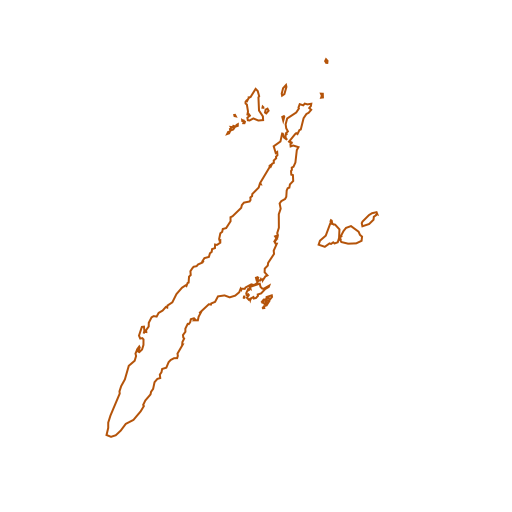 the district of Cebu, Cebu, Philippines, rotated 12°
{"feature_id": "2640588B97548260432831", "entity_name": "Cebu", "entity_type": "district", "adm_level": 2, "iso_a3": "PHL", "parent_name": "Philippines", "parent_adm1": "Cebu", "projection": "robinson", "projection_center": [123.887, 10.469], "detail": "fine", "context": "isolated", "style": "outline", "palette": "amber", "viewbox_px": 512, "rotation_deg": 12, "n_neighbors": 0, "source": "geoboundaries", "source_scale": "gbopen_adm2", "svg_char_len": 6122}
<svg xmlns="http://www.w3.org/2000/svg" viewBox="0 0 512 512"><g transform="rotate(12 256 256)"><path d="M278.4,95.6L274.8,97.0L272.0,96.8L270.9,98.8L267.2,98.4L266.7,101.9L267.3,102.8L265.5,107.3L257.9,115.0L257.6,121.0L259.0,124.8L261.3,127.5L259.8,129.7L260.6,130.4L259.8,131.3L260.2,133.9L262.2,135.9L258.6,134.2L256.8,130.8L256.1,130.8L256.1,138.9L250.5,145.0L253.9,151.2L255.1,149.9L256.0,152.9L254.9,154.8L255.4,156.2L253.5,158.9L254.1,161.2L252.6,162.4L252.0,164.9L251.5,164.1L251.3,164.0L250.5,165.1L250.9,166.1L244.9,183.6L245.8,184.8L244.7,184.8L244.4,188.5L239.5,196.1L239.7,198.3L238.3,199.9L239.0,202.3L238.4,204.0L233.1,206.3L231.6,209.1L231.5,212.0L224.8,222.0L223.0,223.4L223.9,227.3L221.0,234.9L217.9,236.5L217.9,239.4L216.4,241.2L216.4,247.0L217.1,248.4L217.8,248.0L218.3,250.4L215.5,253.3L213.6,253.3L214.2,256.8L211.6,258.4L211.8,261.2L210.4,262.9L210.1,266.7L206.0,268.8L204.7,272.2L205.4,272.4L205.0,273.5L201.1,276.3L200.0,278.3L197.2,279.5L196.2,281.4L195.0,284.5L196.1,288.2L194.8,290.1L195.6,296.0L194.7,296.6L194.2,299.8L193.3,299.3L190.2,302.4L186.1,309.8L183.8,318.7L179.7,322.9L179.9,324.9L178.4,324.6L176.0,328.8L172.6,331.9L171.4,335.9L168.4,336.1L166.6,337.7L165.0,343.6L165.7,347.3L163.9,351.4L164.5,353.2L162.6,353.4L162.2,355.2L162.4,352.5L161.1,348.4L159.1,349.1L158.1,358.2L159.9,360.8L161.9,360.0L163.3,361.0L164.4,366.4L164.0,371.1L161.8,374.3L159.0,373.4L158.4,376.5L159.5,378.8L159.1,383.7L154.4,389.8L153.4,404.0L151.2,411.2L150.6,416.8L151.3,418.9L146.8,442.4L146.1,449.7L147.2,454.9L147.0,462.2L151.8,463.0L156.1,460.5L160.0,454.9L163.5,447.3L170.2,441.8L175.5,431.9L177.5,426.1L176.6,425.1L177.8,420.3L181.6,413.3L181.6,410.6L183.0,407.4L183.0,400.5L185.1,396.7L187.7,395.3L186.6,392.0L187.7,389.4L187.7,386.0L191.5,383.9L192.6,378.0L194.2,375.4L197.1,373.0L200.1,372.3L200.3,369.9L199.5,367.8L202.8,357.7L202.2,357.8L201.9,355.4L202.9,351.7L201.8,350.8L201.0,348.5L202.7,344.8L202.0,341.8L203.3,336.6L204.4,336.6L205.4,334.4L205.4,331.4L208.3,329.8L209.4,330.5L208.7,331.8L212.5,331.0L212.5,327.3L213.8,322.8L213.2,323.3L212.9,323.0L219.9,313.0L222.0,312.9L222.1,311.7L225.5,309.4L227.2,303.4L233.4,301.1L238.9,301.9L243.9,299.1L247.1,295.0L247.8,291.1L248.6,291.9L248.6,291.0L251.8,290.5L252.3,289.0L257.3,284.7L260.1,284.8L262.3,282.8L263.3,280.5L261.9,280.1L260.5,277.3L261.8,276.5L262.4,277.3L262.8,275.8L262.3,279.2L265.1,279.2L265.4,278.2L265.8,279.1L265.7,278.0L267.4,277.3L267.7,278.3L269.4,274.0L271.2,272.6L267.8,270.1L267.2,266.5L269.5,262.9L269.3,260.2L273.2,250.2L272.2,247.1L273.8,239.6L272.5,239.8L271.4,238.5L272.5,238.3L271.4,238.0L271.5,236.7L271.8,236.7L272.3,236.2L272.0,235.5L273.0,234.8L272.7,234.4L271.8,235.6L271.7,236.6L271.4,236.7L272.2,234.4L270.6,232.8L272.8,231.4L273.1,234.0L273.1,231.1L272.0,229.2L272.5,223.6L269.6,210.4L270.3,204.6L268.2,199.7L269.3,197.1L272.6,194.2L273.3,191.8L272.4,185.5L272.9,183.1L274.4,182.2L274.3,178.9L276.8,174.9L275.3,169.2L273.6,169.1L272.6,165.6L273.2,164.3L272.6,162.1L274.1,160.9L275.1,156.4L273.9,143.9L274.9,140.7L269.4,140.2L267.1,141.6L266.4,139.4L268.0,137.1L266.9,137.9L265.5,136.7L264.9,137.5L264.5,137.3L269.0,128.5L269.8,127.5L271.2,128.1L272.3,123.8L273.5,122.9L273.9,111.3L275.8,106.6L277.7,105.0L279.6,101.5L277.3,100.2L278.5,97.9L278.4,95.6ZM342.7,207.0L338.2,209.8L336.4,213.4L334.9,218.8L335.2,219.0L335.4,218.8L335.5,219.0L333.5,221.1L332.1,212.6L326.9,208.9L321.9,208.7L320.0,221.6L315.4,227.7L314.9,231.9L321.4,232.7L325.3,228.4L326.9,228.6L328.7,226.6L330.2,227.4L333.1,225.6L333.5,221.1L335.3,222.0L334.9,222.7L336.6,224.6L343.6,224.8L351.4,222.8L356.1,219.2L355.7,215.0L353.3,213.7L351.3,210.9L342.7,207.0ZM218.2,119.4L219.7,119.7L219.5,119.4L219.4,118.7L220.8,119.9L218.8,122.6L219.8,124.9L221.5,124.8L224.8,122.0L230.1,123.0L234.7,121.6L233.7,118.0L228.7,113.1L225.4,100.3L225.9,99.1L223.4,94.3L220.9,92.6L217.6,101.7L216.1,102.3L216.9,103.3L216.0,102.8L215.1,106.3L214.4,105.9L213.7,107.5L214.1,109.0L215.6,109.8L218.1,116.2L218.2,119.4ZM275.1,282.2L270.4,286.4L268.9,286.6L266.8,285.2L265.4,282.3L257.7,286.8L256.7,287.8L257.0,288.4L256.4,288.0L256.1,290.4L255.5,290.2L254.2,289.9L256.2,290.6L254.7,292.0L254.2,294.5L254.9,296.0L256.3,295.0L257.1,295.7L255.8,298.7L258.1,300.3L258.9,299.4L259.4,300.2L259.4,299.3L260.0,300.4L259.4,299.0L262.0,296.7L262.7,298.0L264.7,297.1L266.2,294.6L265.7,293.3L268.8,291.5L271.9,286.4L274.9,283.6L275.1,282.2ZM365.3,190.8L364.4,191.1L365.4,190.4L365.5,189.7L365.9,189.8L364.8,188.1L360.6,190.0L358.0,192.5L353.0,200.2L352.6,201.9L353.9,204.8L360.0,201.2L363.4,196.1L363.1,193.1L365.3,190.8ZM279.6,291.2L275.6,293.5L277.1,294.2L277.0,295.1L276.1,295.1L276.2,293.9L275.8,295.4L274.5,293.9L275.7,295.4L273.7,296.7L273.7,296.9L273.9,296.9L274.3,297.0L272.6,297.0L270.9,300.4L273.1,298.2L272.3,300.3L275.0,300.6L275.5,298.9L274.5,297.7L276.0,297.6L275.8,299.8L276.9,301.3L278.7,296.6L278.0,297.2L277.9,297.1L280.2,292.7L279.6,291.2ZM249.8,82.5L247.6,86.3L247.4,91.8L248.2,93.7L250.1,91.7L250.6,84.3L249.8,82.5ZM236.6,109.5L235.0,110.8L235.0,113.8L236.4,114.4L238.1,111.3L236.6,109.5ZM206.8,133.4L206.5,134.8L204.7,135.0L205.4,135.6L204.1,137.2L204.8,138.7L207.4,137.0L208.8,133.6L206.8,133.4ZM254.2,113.4L252.8,114.5L254.5,117.9L254.7,113.9L254.2,113.4ZM283.6,49.0L283.1,51.0L284.5,52.5L285.6,52.3L285.4,50.3L283.6,49.0ZM160.6,368.8L159.3,371.7L160.9,372.4L161.3,369.7L160.6,368.8ZM286.8,87.6L288.5,87.0L287.6,83.4L285.8,83.7L287.1,85.5L286.8,87.6ZM204.6,139.8L203.0,140.4L202.4,142.7L204.2,141.6L204.6,139.8ZM210.8,130.9L209.7,131.9L209.4,133.5L211.1,132.5L210.8,130.9ZM216.2,126.5L216.0,128.7L217.1,128.5L217.3,127.0L216.2,126.5ZM276.6,301.8L275.7,300.0L274.7,301.9L275.6,302.0L275.5,302.7L276.6,301.8ZM215.4,125.2L215.3,126.3L214.2,125.9L214.5,126.8L215.7,126.6L215.4,125.2ZM274.9,305.2L274.2,303.5L274.2,303.4L273.5,305.3L272.9,305.9L274.9,305.2ZM321.9,205.4L321.7,206.5L323.6,207.8L322.7,205.7L321.9,205.4ZM206.1,122.3L205.4,122.6L205.9,123.6L207.2,123.6L206.1,122.3ZM231.5,108.5L231.5,109.6L232.4,109.5L232.3,109.0L231.5,108.5ZM252.7,297.3L252.7,299.4L253.0,299.5L253.4,299.1L252.7,297.3Z" fill="none" stroke="#b45309" stroke-width="2"/></g></svg>